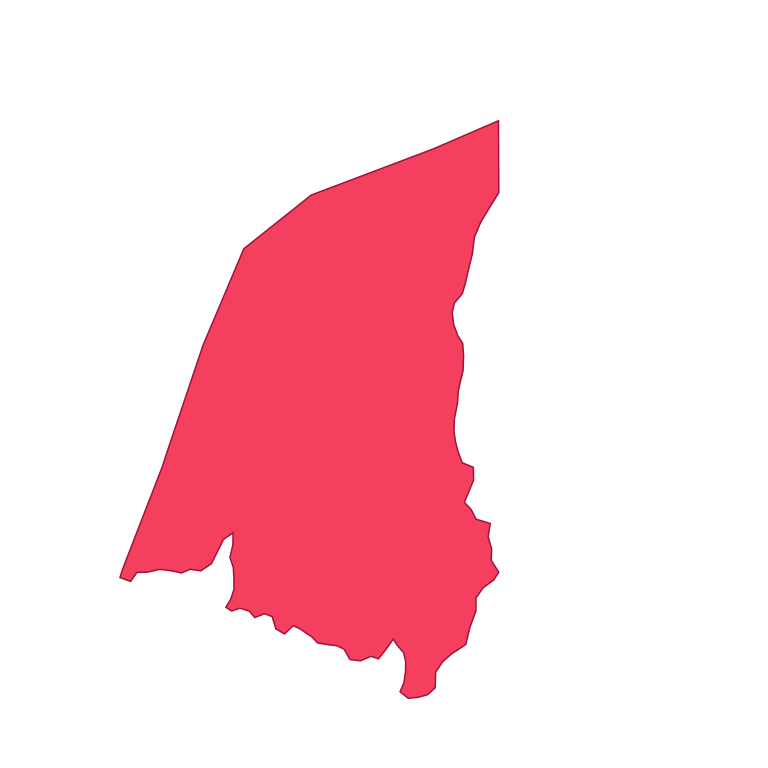 Várzea do Poço, Bahia, Brazil, rotated 25°
{"feature_id": "56859067B52245277672809", "entity_name": "Várzea do Poço", "entity_type": "district", "adm_level": 2, "iso_a3": "BRA", "parent_name": "Brazil", "parent_adm1": "Bahia", "projection": "equal_earth", "projection_center": [-40.289, -11.525], "detail": "fine", "context": "isolated", "style": "filled", "palette": "rose", "viewbox_px": 768, "rotation_deg": 25, "n_neighbors": 0, "source": "geoboundaries", "source_scale": "gbopen_adm2", "svg_char_len": 1441}
<svg xmlns="http://www.w3.org/2000/svg" viewBox="0 0 768 768"><g transform="rotate(25 384 384)"><path d="M558.8,637.7L552.6,623.4L554.5,611.0L559.3,600.0L568.2,585.6L564.7,568.2L563.3,551.0L557.8,539.0L560.0,526.6L566.3,515.2L567.5,506.1L555.7,498.4L551.2,487.9L543.0,478.5L539.3,465.5L532.0,466.5L524.6,467.6L516.1,461.0L506.8,457.2L506.5,446.7L505.8,433.2L500.2,421.8L488.1,422.3L479.5,413.8L472.6,405.3L467.1,396.6L462.5,385.6L458.5,369.5L454.5,359.6L452.3,350.2L450.1,338.7L444.3,325.0L438.2,314.0L430.6,309.1L422.0,300.6L415.8,290.8L413.6,280.9L416.8,268.9L414.9,256.9L412.3,244.9L409.2,229.2L403.9,212.8L403.3,196.9L404.6,183.9L405.7,174.1L407.2,162.1L376.5,97.0L329.1,150.3L238.2,243.5L199.8,320.6L203.6,425.2L216.5,540.6L218.0,552.4L225.3,662.1L226.5,671.0L237.8,670.0L239.7,659.2L248.9,654.7L259.0,646.8L269.6,643.3L280.4,640.8L286.6,633.8L297.0,630.7L303.5,619.9L303.9,607.5L304.2,592.6L310.1,582.7L315.0,593.6L317.6,606.2L324.9,613.9L329.8,623.0L334.9,633.8L336.0,643.7L335.0,653.2L341.9,654.1L348.2,648.1L358.1,646.8L365.6,650.3L372.7,642.7L381.0,642.1L389.5,651.6L399.5,652.6L403.9,641.4L411.8,641.4L418.7,642.7L425.7,643.7L433.2,646.8L442.0,644.3L451.9,641.2L459.9,641.2L469.6,648.1L479.5,644.9L487.4,636.3L495.1,635.4L498.0,623.4L500.2,611.4L506.8,615.4L515.4,619.3L521.3,626.9L525.3,636.3L528.3,646.2L528.6,656.1L538.7,658.6L547.2,653.6L554.8,647.2L558.8,637.7Z" fill="#f43f5e" stroke="#9f1239" stroke-width="1.5"/></g></svg>